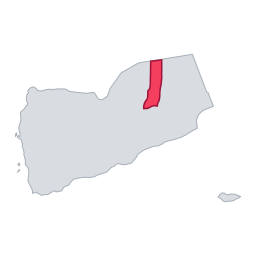 location of Thamud, Hadramawt, Yemen
{"feature_id": "15242507B77315063878707", "entity_name": "Thamud", "entity_type": "district", "adm_level": 2, "iso_a3": "YEM", "parent_name": "Yemen", "parent_adm1": "Hadramawt", "projection": "natural_earth1", "projection_center": [49.684, 17.639], "detail": "fine", "context": "in_parent", "style": "filled", "palette": "rose", "viewbox_px": 256, "rotation_deg": 0, "n_neighbors": 0, "source": "geoboundaries", "source_scale": "gbopen_adm2", "svg_char_len": 5208}
<svg xmlns="http://www.w3.org/2000/svg" viewBox="0 0 256 256"><path d="M213.4,106.2L203.9,110.1L201.4,111.9L199.2,114.0L197.5,116.7L196.3,121.4L197.2,125.8L197.2,128.1L194.7,129.6L192.4,130.7L189.9,132.4L188.4,132.8L187.1,134.2L185.6,135.1L180.3,137.6L174.6,139.4L165.4,141.7L161.9,144.2L158.6,145.8L153.7,146.3L147.0,148.7L143.2,150.5L138.6,153.6L137.6,154.5L136.7,156.8L135.3,158.7L132.5,161.9L130.4,163.5L129.0,163.6L126.3,164.5L123.0,164.7L117.6,163.5L116.2,164.3L115.1,165.6L110.9,167.7L106.6,172.1L103.5,173.2L98.5,174.6L95.0,176.4L92.6,177.1L89.5,177.5L83.9,177.3L78.6,178.0L73.6,179.2L71.3,181.5L68.6,185.2L64.3,186.7L63.2,188.0L61.9,190.7L59.1,191.4L56.5,191.9L53.9,190.7L49.0,194.0L47.2,194.5L44.4,194.6L42.4,195.3L40.9,195.1L39.2,193.8L35.4,192.3L32.6,193.3L32.4,190.2L27.9,180.8L28.9,172.6L28.9,171.4L28.0,167.7L25.3,164.4L25.4,160.1L24.5,157.1L23.8,154.0L24.1,153.1L24.1,152.4L22.7,147.6L22.3,146.6L22.1,145.6L22.6,144.8L22.6,143.9L21.8,142.4L21.1,139.6L17.4,137.4L18.2,135.4L18.9,136.1L19.9,136.7L20.1,135.4L20.1,134.4L18.6,128.1L21.0,119.8L20.3,112.3L23.8,109.3L24.7,108.3L25.2,107.5L26.1,105.8L27.2,105.3L27.6,103.5L27.6,102.6L26.9,101.8L26.3,99.7L26.5,97.0L26.7,95.9L27.1,93.9L28.4,93.1L28.7,92.5L27.7,91.2L27.8,90.5L29.9,88.3L30.8,87.7L32.1,87.0L33.2,87.0L34.4,87.4L35.5,88.0L36.5,89.1L37.6,90.3L39.3,90.8L40.5,90.7L41.4,91.2L42.2,90.9L43.1,90.3L44.6,90.3L45.9,89.6L49.6,89.3L53.2,89.5L57.0,88.9L60.7,88.9L64.5,89.0L65.4,89.1L66.2,89.4L69.3,91.4L71.8,91.7L76.6,92.3L81.8,92.8L86.3,93.3L90.1,92.9L93.3,92.5L94.1,92.6L95.1,93.7L96.9,96.7L98.7,99.4L101.9,99.6L103.9,98.6L106.1,97.1L107.5,95.9L109.1,91.4L110.1,88.5L112.4,85.2L114.4,82.5L117.0,78.9L118.4,76.8L121.2,72.9L123.9,71.3L129.1,68.3L134.2,65.4L137.5,63.5L140.3,62.6L145.1,61.9L150.6,61.0L156.2,60.1L162.1,59.2L168.7,58.1L173.2,57.4L179.0,56.5L183.8,55.7L188.0,55.0L192.4,54.3L193.2,56.5L194.1,58.7L194.9,61.0L195.8,63.2L196.6,65.4L197.4,67.6L198.3,69.8L199.1,72.0L199.9,74.2L200.8,76.4L201.6,78.6L202.4,80.8L203.3,83.0L204.1,85.2L205.0,87.4L205.8,89.6L206.6,91.8L208.0,92.5L208.8,94.5L209.9,97.5L211.1,100.4L212.2,103.3L213.4,106.2ZM226.5,194.7L227.7,194.9L229.4,194.2L234.5,194.1L240.6,196.5L239.5,197.2L238.8,198.0L236.1,198.9L233.5,200.7L225.7,201.7L223.4,201.2L221.6,199.3L218.1,196.9L219.4,195.4L219.7,194.7L220.2,194.1L222.2,192.9L224.2,193.1L226.5,194.7ZM19.6,165.2L19.3,165.7L19.0,165.6L17.8,164.4L19.1,163.1L19.8,164.3L19.6,165.2ZM16.1,135.9L15.5,136.4L15.4,135.5L15.8,133.6L16.4,133.0L16.8,134.4L16.5,135.2L16.1,135.9ZM19.0,171.1L17.7,171.8L18.6,170.1L19.5,169.7L19.7,169.8L19.0,171.1Z" fill="#d9dde1" stroke="#a8b0b8" stroke-width="1"/><path d="M161.7,59.9L161.2,60.0L160.6,60.0L160.1,60.1L159.5,60.2L159.0,60.2L158.6,60.3L158.1,60.3L157.6,60.4L157.2,60.5L156.6,60.5L156.1,60.6L155.5,60.6L155.0,60.7L154.5,60.8L154.0,60.8L153.5,60.9L153.0,61.0L152.5,61.0L152.1,61.1L151.6,61.1L151.1,61.2L150.8,61.2L150.7,61.2L150.5,75.3L150.4,76.3L150.4,77.3L150.4,77.8L150.4,79.3L150.3,83.6L150.2,85.5L150.0,87.5L149.9,87.6L149.9,87.8L149.9,88.1L149.8,88.3L149.7,88.6L149.6,88.8L149.4,89.0L149.2,89.2L149.1,89.3L149.0,89.5L148.9,89.6L148.7,89.8L148.6,90.0L148.4,90.2L148.3,90.3L148.2,90.4L148.2,90.5L148.0,90.9L148.0,91.0L147.9,91.2L147.9,91.3L147.9,91.5L147.8,91.9L147.8,92.0L147.8,92.4L147.8,92.5L147.8,92.8L147.8,93.0L147.9,93.4L147.9,93.6L147.9,93.8L147.9,94.0L147.8,94.3L147.8,94.5L147.8,94.8L147.8,95.1L147.8,95.3L147.8,95.6L147.7,95.9L147.7,96.1L147.7,96.3L147.7,96.5L147.6,96.8L147.6,97.1L147.6,97.3L147.5,97.6L147.5,97.8L147.5,98.0L147.4,98.2L147.4,98.4L147.4,98.5L147.3,98.8L147.2,99.0L147.0,99.3L146.8,99.5L146.7,99.6L146.6,99.8L146.4,100.0L146.2,100.3L146.0,100.6L145.9,100.7L145.8,100.8L145.7,100.9L145.7,101.0L145.6,101.3L145.4,101.5L145.3,101.8L145.2,101.9L145.1,102.0L144.9,102.3L144.8,102.6L144.7,102.7L144.6,102.8L144.6,103.0L144.4,103.3L144.4,103.6L144.3,103.9L144.2,104.0L144.2,104.3L144.1,104.5L144.0,104.8L144.0,105.0L143.9,105.3L143.9,105.6L143.8,105.8L143.8,106.1L143.8,106.4L143.8,106.5L143.7,106.6L143.7,106.9L143.7,107.1L143.7,107.4L143.7,107.5L143.7,107.8L143.7,108.0L143.7,108.3L143.7,108.5L143.8,108.7L144.0,108.6L144.3,108.6L144.5,108.6L144.8,108.5L145.1,108.5L145.4,108.5L145.5,108.6L145.8,108.6L146.0,108.6L146.3,108.6L146.5,108.6L146.8,108.5L147.0,108.5L147.3,108.4L147.5,108.3L147.8,108.3L147.8,108.2L148.0,108.2L148.3,108.0L148.6,107.9L148.9,107.8L149.0,107.7L149.3,107.5L149.5,107.5L149.6,107.4L149.8,107.3L150.0,107.2L150.3,107.1L150.5,107.0L150.6,106.9L150.8,106.8L150.9,106.7L151.0,106.7L151.3,106.5L151.5,106.4L151.8,106.3L152.0,106.2L152.3,106.0L152.5,106.0L152.7,105.9L152.8,105.9L153.1,105.8L153.4,105.8L153.5,105.7L153.8,105.7L154.0,105.7L154.3,105.6L154.5,105.7L154.8,105.7L155.1,105.7L155.4,105.8L155.5,105.8L155.9,105.9L156.0,105.9L156.3,105.9L156.5,105.9L156.6,106.0L156.8,106.0L157.0,106.0L157.3,106.0L157.4,104.6L157.5,104.4L157.7,103.5L158.3,102.0L158.9,101.0L159.0,100.7L159.2,100.1L159.4,98.7L159.5,98.3L159.7,96.8L159.8,94.4L159.8,93.1L160.0,90.8L160.1,89.6L160.2,89.2L160.5,87.2L160.6,86.9L161.0,84.8L161.2,83.7L161.3,82.6L161.6,78.9L161.7,78.0L161.7,75.9L161.6,73.1L161.7,72.4L161.7,71.2L161.8,71.0L161.7,69.8L161.7,59.9Z" fill="#f43f5e" stroke="#9f1239" stroke-width="1.5"/></svg>